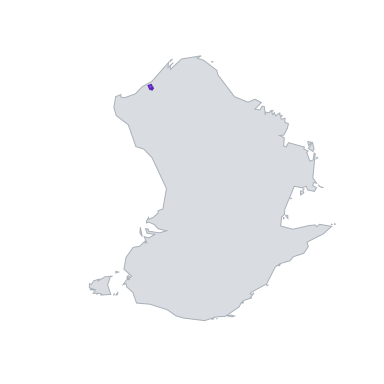 location of Three Springs, Western Australia, Australia, rotated 69°
{"feature_id": "25037944B87416382826718", "entity_name": "Three Springs", "entity_type": "district", "adm_level": 2, "iso_a3": "AUS", "parent_name": "Australia", "parent_adm1": "Western Australia", "projection": "orthographic", "projection_center": [115.749, -29.514], "detail": "fine", "context": "in_parent", "style": "filled", "palette": "violet", "viewbox_px": 384, "rotation_deg": 69, "n_neighbors": 0, "source": "geoboundaries", "source_scale": "gbopen_adm2", "svg_char_len": 4357}
<svg xmlns="http://www.w3.org/2000/svg" viewBox="0 0 384 384"><g transform="rotate(69 192 192)"><path d="M278.1,84.2L280.0,102.6L284.7,103.0L289.3,109.6L288.7,120.5L291.3,125.1L290.4,135.3L291.8,141.1L304.5,155.2L306.9,172.9L308.3,174.2L309.2,171.5L311.5,175.4L312.3,174.1L311.7,182.6L313.0,185.6L316.2,189.4L320.0,205.6L317.2,214.5L316.6,226.3L306.7,245.0L301.8,251.4L292.8,257.5L281.5,271.8L275.8,283.6L264.4,283.2L257.4,286.9L253.9,286.4L253.8,289.6L250.1,283.7L251.2,282.9L251.2,281.7L250.3,281.4L247.9,282.9L247.0,281.3L249.7,280.1L249.0,278.4L239.7,283.2L229.4,277.0L222.6,266.8L223.9,260.2L221.0,253.4L222.8,254.0L223.2,252.3L216.5,252.7L219.4,248.7L218.3,241.9L214.4,248.7L209.6,248.5L210.8,246.2L213.0,246.6L218.4,237.2L219.1,229.6L214.2,236.8L208.8,238.9L204.6,243.1L204.6,245.5L202.8,244.9L200.2,241.7L202.1,242.0L201.7,237.1L199.6,231.3L197.2,230.2L197.6,225.4L179.7,214.6L145.8,217.0L134.7,221.6L129.5,228.1L106.4,227.4L93.6,235.3L85.2,234.7L75.7,229.1L75.5,223.5L77.9,224.4L79.9,221.0L80.0,209.5L75.9,200.8L74.4,190.0L62.7,167.5L67.3,169.9L64.5,163.0L66.4,167.0L69.8,168.2L64.1,154.1L68.1,134.6L69.0,139.2L73.0,134.1L87.2,125.3L92.2,125.8L118.2,118.2L128.3,107.4L127.9,100.1L133.3,95.2L137.2,103.6L139.7,99.2L137.0,95.8L138.0,93.9L146.4,95.9L143.7,94.9L145.6,91.8L144.2,88.9L148.8,88.9L147.3,86.7L151.0,86.7L149.9,83.6L153.3,80.5L153.5,82.5L156.1,82.5L156.5,78.7L160.2,80.4L162.8,77.5L166.7,80.1L171.8,85.9L170.6,90.1L174.5,86.4L182.0,90.0L183.7,87.9L180.5,84.3L190.3,71.0L192.0,72.2L195.3,69.0L196.3,70.7L205.5,70.9L205.5,67.4L199.5,64.0L200.5,63.3L222.0,74.1L228.5,72.5L226.7,75.0L229.2,77.0L232.7,74.2L235.3,77.6L231.4,83.4L227.6,83.3L227.4,87.9L223.3,94.5L241.1,111.4L246.1,113.8L247.4,117.3L255.5,121.4L262.9,111.3L265.3,94.8L266.9,88.8L269.2,87.8L267.8,84.6L274.1,74.0L278.1,84.2ZM241.5,298.2L248.3,304.0L258.5,304.6L255.4,314.5L255.5,312.6L253.7,314.3L251.1,320.6L248.8,317.0L244.6,322.2L240.8,320.6L242.2,319.2L239.7,315.4L240.1,310.1L241.3,311.4L240.0,303.5L241.5,298.2ZM189.1,61.8L195.5,62.6L197.4,64.7L192.9,67.7L189.1,61.8ZM206.5,252.9L215.7,254.4L211.5,255.3L206.5,252.9ZM232.8,87.9L233.7,91.7L229.9,90.4L230.8,88.0L232.8,87.9ZM320.0,203.9L320.9,199.7L323.0,196.8L322.9,199.4L320.0,203.9ZM258.9,296.9L261.2,298.6L260.8,299.9L258.9,296.9ZM188.4,62.7L190.5,66.5L186.4,65.8L188.4,62.7ZM240.3,292.2L238.8,291.5L240.4,289.3L240.3,292.2ZM251.1,112.0L249.2,112.7L247.3,112.9L248.4,111.0L251.1,112.0ZM62.7,166.5L61.2,164.5L61.0,162.6L62.7,166.5ZM259.7,301.1L260.4,302.3L258.8,300.9L259.7,301.1ZM312.7,183.5L313.9,183.9L313.4,185.7L312.7,183.5ZM290.9,135.3L292.2,136.8L291.9,137.3L290.9,135.3ZM247.4,320.4L246.9,322.0L246.1,321.3L247.4,320.4ZM318.5,216.7L317.9,219.0L317.8,218.9L318.5,216.7ZM205.3,63.9L204.4,62.8L205.1,62.4L205.3,63.9ZM234.5,69.0L232.9,70.5L234.9,67.7L234.5,69.0ZM319.4,214.1L318.7,214.6L319.3,214.0L319.4,214.1ZM233.9,102.0L233.0,102.2L233.6,101.4L233.9,102.0ZM229.8,87.3L228.7,87.2L229.4,86.3L229.8,87.3ZM78.1,125.4L77.8,126.9L77.3,126.7L78.1,125.4ZM272.4,72.8L272.3,74.0L272.0,73.0L272.4,72.8ZM250.1,282.0L250.1,282.8L249.9,282.5L250.1,282.0ZM232.5,70.9L230.3,71.7L232.6,70.6L232.5,70.9ZM150.1,81.8L149.3,82.6L149.8,81.7L150.1,81.8ZM248.4,319.5L247.8,319.6L248.3,319.1L248.4,319.5ZM249.7,116.1L248.6,115.8L249.3,115.2L249.7,116.1ZM145.5,88.0L144.9,88.4L144.9,87.3L145.5,88.0ZM253.4,317.3L252.5,317.6L253.1,316.8L253.4,317.3ZM273.4,69.7L273.2,70.5L272.7,70.0L273.4,69.7ZM249.4,282.9L249.9,283.8L248.7,283.3L249.4,282.9ZM306.3,155.7L305.6,155.5L306.1,154.6L306.3,155.7ZM308.6,171.2L308.3,171.0L308.7,170.4L308.6,171.2ZM242.3,297.1L241.9,297.7L241.9,296.9L242.3,297.1Z" fill="#d9dde1" stroke="#a8b0b8" stroke-width="1"/><path d="M82.2,192.8L82.2,192.7L82.2,192.4L81.9,192.4L81.8,192.2L81.6,192.0L81.5,191.9L81.5,191.5L81.1,191.5L81.1,191.4L81.1,191.1L80.5,191.1L80.4,191.1L80.4,191.4L80.4,191.6L80.2,191.6L79.9,191.6L79.7,191.7L79.4,191.6L79.2,191.6L78.9,191.5L78.6,191.5L78.3,191.5L78.1,191.5L77.7,191.5L77.4,191.7L77.1,191.7L77.1,193.7L77.0,194.2L77.0,194.6L78.1,194.6L78.5,194.6L79.4,194.5L80.3,194.5L80.5,194.5L80.5,194.4L80.4,194.3L80.4,194.2L80.5,194.2L80.4,194.2L80.5,194.2L80.4,194.1L80.4,193.9L80.4,193.7L80.4,193.4L80.4,193.2L80.5,193.2L80.7,193.3L80.7,193.2L80.8,193.2L80.8,193.3L81.0,193.4L81.2,193.1L81.5,193.1L82.0,193.0L82.0,192.8L82.2,192.8Z" fill="#8b5cf6" stroke="#5b21b6" stroke-width="1.5"/></g></svg>